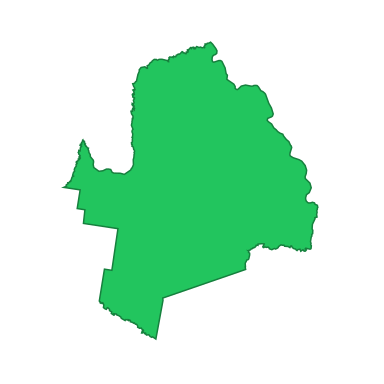 Lusangazi, Eastern, Zambia, rotated 99°
{"feature_id": "96606910B89827390447979", "entity_name": "Lusangazi", "entity_type": "district", "adm_level": 2, "iso_a3": "ZMB", "parent_name": "Zambia", "parent_adm1": "Eastern", "projection": "mercator", "projection_center": [31.454, -13.775], "detail": "fine", "context": "isolated", "style": "filled", "palette": "green", "viewbox_px": 384, "rotation_deg": 99, "n_neighbors": 0, "source": "geoboundaries", "source_scale": "gbopen_adm2", "svg_char_len": 5963}
<svg xmlns="http://www.w3.org/2000/svg" viewBox="0 0 384 384"><g transform="rotate(99 192 192)"><path d="M51.3,189.3L48.7,189.4L46.6,190.9L42.8,194.7L41.1,197.1L42.3,198.6L42.7,200.2L43.7,200.7L43.7,202.2L44.3,202.2L44.7,201.8L46.2,202.8L47.0,202.1L47.5,202.2L47.3,202.9L48.0,204.5L47.5,206.2L48.2,207.7L47.6,210.1L48.6,210.8L49.9,211.0L50.3,212.3L49.9,212.7L49.1,212.3L48.7,212.9L49.2,214.4L50.4,215.1L49.5,215.8L49.6,216.1L51.4,217.1L52.4,218.8L52.9,218.6L52.6,217.9L52.9,217.7L54.5,217.9L54.8,218.4L54.5,219.1L54.7,219.6L56.2,219.4L56.4,220.3L55.8,221.3L56.0,222.4L55.0,223.1L54.9,223.7L57.3,225.4L58.0,226.3L57.9,227.2L58.8,227.9L59.3,228.9L60.9,229.2L61.1,230.5L60.7,231.3L62.1,231.7L61.6,232.4L62.0,233.0L62.1,235.1L63.1,235.8L64.2,235.3L65.2,236.0L66.9,235.5L66.9,236.1L66.1,236.5L65.6,242.3L66.1,245.2L67.3,246.8L66.6,248.3L67.0,249.1L66.9,250.0L68.8,251.8L70.0,252.2L70.7,253.4L73.6,254.7L74.2,256.0L76.8,255.4L76.9,256.0L75.7,258.1L77.0,261.8L79.7,263.3L80.8,262.9L84.4,263.8L91.3,264.2L91.9,265.0L93.7,265.8L94.3,267.5L96.9,266.1L98.2,264.9L99.3,264.9L99.9,264.3L100.4,264.8L100.0,265.6L100.5,266.4L101.7,265.3L103.1,264.6L103.5,265.1L104.1,265.0L104.6,264.3L104.9,264.5L104.2,265.3L104.5,266.0L105.4,266.2L105.9,265.5L107.4,265.4L107.7,264.0L108.1,264.4L109.0,263.4L110.5,264.3L112.8,263.2L114.1,263.8L114.7,263.7L113.9,264.9L115.2,264.9L115.8,264.0L116.0,262.8L116.4,262.6L117.2,263.3L118.3,261.8L118.8,261.9L118.7,262.7L119.9,262.2L119.2,263.7L120.7,263.9L121.6,263.5L121.8,264.9L124.3,263.9L126.1,262.3L127.7,261.8L128.2,261.8L128.3,262.2L129.1,262.0L129.3,262.5L130.4,262.1L131.4,262.4L132.4,262.1L135.5,262.3L139.3,260.1L140.3,260.7L141.9,260.7L143.9,259.6L146.9,259.4L147.3,259.8L147.7,259.2L150.2,259.1L150.6,258.8L152.1,258.8L152.6,259.5L153.5,259.3L154.3,259.1L154.4,258.4L156.1,258.5L156.3,257.6L157.4,256.8L159.0,256.3L159.8,255.4L161.2,255.0L161.9,255.4L163.3,254.8L163.9,255.1L166.9,254.8L169.2,255.1L174.3,254.1L177.7,255.0L178.1,255.5L179.9,256.0L185.2,261.6L184.7,265.7L185.6,272.2L185.0,274.0L182.5,275.8L182.4,278.1L182.8,280.2L185.0,283.4L186.1,287.2L183.2,292.8L180.3,293.9L177.6,293.9L176.1,294.4L173.0,297.9L171.0,298.4L168.9,300.1L167.7,300.3L166.1,301.3L164.9,301.1L164.7,302.3L163.6,303.3L163.5,304.0L162.6,304.2L162.1,305.2L161.3,305.0L161.4,305.5L159.9,305.8L159.6,306.3L159.3,306.1L158.8,307.0L158.6,306.8L158.4,307.5L157.6,307.9L158.0,308.2L158.8,307.6L160.3,308.8L162.0,308.8L162.3,309.7L163.1,309.8L162.6,308.7L163.8,309.2L164.1,308.3L165.8,309.2L168.8,308.9L168.6,310.3L170.5,310.2L170.7,310.5L171.3,310.0L172.1,309.9L173.7,308.2L174.8,308.9L174.9,308.4L175.7,308.7L175.9,308.2L175.5,308.0L175.9,307.6L177.2,308.2L177.0,308.9L177.6,308.9L177.5,309.3L178.3,309.1L178.6,309.6L179.6,309.8L179.8,310.7L180.4,311.0L180.5,310.3L181.5,310.6L182.0,310.0L183.0,310.8L184.7,310.4L186.1,311.3L188.0,311.8L190.0,311.2L191.0,312.1L194.3,312.5L194.8,311.5L196.0,312.8L200.5,313.5L200.8,313.9L200.5,314.1L202.0,315.1L202.3,316.1L203.1,315.7L204.6,317.3L205.6,317.3L205.9,316.9L207.5,319.4L207.4,302.8L226.3,302.8L226.3,295.0L240.0,294.3L239.8,259.4L281.9,258.9L281.9,266.4L314.2,266.5L314.8,266.0L314.8,265.5L315.9,265.3L316.1,264.7L315.5,264.7L316.0,263.3L315.4,263.2L315.5,262.6L317.4,261.4L320.0,261.4L321.1,259.4L321.3,258.2L320.1,257.7L319.4,258.2L319.7,257.8L319.4,257.1L320.8,255.1L322.1,254.9L322.9,252.6L324.6,252.7L325.2,251.4L324.9,250.6L325.2,250.4L325.5,250.8L325.8,250.3L325.9,249.8L325.5,249.5L324.8,249.3L324.4,249.6L324.4,247.5L325.1,247.3L325.7,244.6L326.7,242.7L327.8,242.1L329.4,238.0L328.6,237.8L328.8,237.4L328.1,236.2L329.0,234.6L328.8,234.2L328.1,234.4L328.2,233.5L328.6,232.8L329.8,232.6L330.1,230.4L330.7,229.1L330.3,228.6L331.4,227.2L331.3,226.0L333.0,224.6L334.1,224.5L334.8,222.4L334.3,220.8L335.5,219.8L335.9,218.6L336.3,218.4L336.5,219.3L339.1,219.7L339.0,219.0L337.9,218.9L337.9,218.1L339.2,216.8L338.6,216.2L338.8,215.6L339.6,215.6L340.4,214.5L339.7,212.4L341.3,210.7L341.8,209.0L341.2,208.3L342.9,204.7L303.6,203.7L301.3,204.3L260.1,126.9L257.7,127.8L257.5,127.5L254.1,128.3L250.4,127.1L250.1,126.1L249.3,125.5L245.2,125.2L243.4,125.5L242.8,126.7L241.6,126.6L241.3,127.1L241.3,126.6L240.7,126.6L240.0,125.2L238.9,124.6L238.8,123.9L237.5,122.9L237.6,122.3L237.1,122.0L236.9,121.3L235.4,120.3L234.7,120.4L234.3,119.3L234.4,118.5L233.1,118.6L232.2,115.2L232.0,112.6L232.8,112.6L234.8,113.5L235.6,113.1L235.7,112.4L234.8,111.6L235.1,109.9L234.5,108.3L235.0,107.3L236.0,106.7L236.5,104.1L234.9,101.9L235.3,100.6L234.4,99.2L233.4,98.2L232.4,98.0L230.2,95.8L230.5,94.8L230.2,92.8L231.1,92.1L230.8,88.5L231.6,86.6L229.8,85.9L229.7,85.2L231.2,84.2L232.1,82.3L232.1,80.7L232.9,80.1L233.4,79.1L232.3,78.4L231.6,76.4L233.5,75.3L231.8,73.5L232.0,72.9L232.9,72.0L232.6,70.7L231.3,70.0L230.7,71.2L230.1,71.2L229.7,70.8L230.0,66.9L229.8,66.0L229.3,65.6L226.4,65.7L225.3,66.6L224.1,66.4L222.6,67.2L217.8,67.2L216.7,66.7L215.2,67.1L214.3,66.3L210.9,66.7L209.6,67.6L205.1,68.0L199.2,66.3L198.1,66.6L197.2,64.6L194.7,65.4L192.3,65.3L191.1,65.9L189.4,65.5L188.3,65.7L187.6,65.3L185.5,66.1L184.9,68.5L183.6,69.3L183.3,71.5L184.2,73.1L184.6,75.1L184.3,76.1L183.0,77.8L181.6,78.5L180.0,78.9L176.7,78.5L174.3,76.1L169.2,74.9L164.8,76.9L161.0,82.2L159.2,82.7L156.0,82.1L152.5,82.2L148.1,84.4L144.4,88.4L143.3,91.4L142.3,97.5L141.0,100.6L139.9,101.2L138.2,101.3L132.5,100.5L131.0,101.2L130.3,102.1L127.1,104.2L125.4,107.0L122.6,110.1L120.7,111.4L120.1,114.3L118.9,116.8L117.3,118.7L115.9,121.2L112.4,124.0L110.6,127.6L109.4,129.0L107.4,128.7L105.4,125.3L104.4,124.4L102.2,124.0L96.6,126.7L92.3,130.1L83.9,134.7L83.0,135.7L81.7,137.8L81.2,139.8L77.8,142.8L76.7,144.3L76.7,145.4L77.1,147.5L77.8,148.4L78.2,149.9L78.0,155.9L79.7,159.9L83.0,162.4L83.8,163.3L83.7,164.2L82.9,165.6L81.0,165.9L78.9,167.6L75.3,175.2L71.1,175.3L69.8,176.8L64.3,178.7L58.3,182.9L57.7,184.3L58.0,186.1L60.4,190.8L60.0,192.1L58.3,192.9L55.7,193.1L54.2,192.6L53.4,191.9L52.6,190.5L51.3,189.3Z" fill="#22c55e" stroke="#15803d" stroke-width="1.5"/></g></svg>